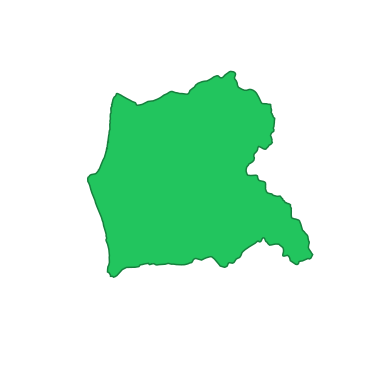 the district of Bengkulu Selatan, Bengkulu, Indonesia, rotated 53°
{"feature_id": "22746128B78254403614329", "entity_name": "Bengkulu Selatan", "entity_type": "district", "adm_level": 2, "iso_a3": "IDN", "parent_name": "Indonesia", "parent_adm1": "Bengkulu", "projection": "robinson", "projection_center": [103.039, -4.359], "detail": "fine", "context": "isolated", "style": "filled", "palette": "green", "viewbox_px": 384, "rotation_deg": 53, "n_neighbors": 0, "source": "geoboundaries", "source_scale": "gbopen_adm2", "svg_char_len": 6007}
<svg xmlns="http://www.w3.org/2000/svg" viewBox="0 0 384 384"><g transform="rotate(53 192 192)"><path d="M261.6,121.1L260.6,121.3L259.4,121.9L258.4,122.9L257.9,122.9L257.0,123.4L256.6,123.9L254.8,123.7L253.3,124.2L252.8,124.0L252.2,124.0L251.8,123.7L251.0,124.0L248.5,124.0L248.2,124.2L246.8,126.5L245.9,127.3L244.3,128.5L243.5,129.2L242.5,129.2L241.4,129.6L239.9,131.0L238.5,132.0L238.1,132.3L236.3,132.3L233.6,131.4L232.8,130.6L231.2,129.5L230.6,128.9L229.0,127.9L228.0,127.9L226.7,128.5L224.0,130.9L222.8,131.5L221.9,131.5L220.3,131.0L219.4,130.5L218.5,130.1L217.5,130.5L217.1,130.8L214.1,135.3L212.3,137.2L212.0,137.4L210.5,137.2L208.0,136.3L206.6,135.2L205.4,133.8L204.9,133.0L204.4,130.7L203.8,129.4L204.1,128.4L204.2,127.1L204.3,125.2L204.0,124.4L204.0,123.8L203.7,123.3L202.4,121.8L201.9,121.5L201.0,121.4L199.3,120.0L198.9,118.8L198.7,117.1L198.3,115.5L197.6,114.1L196.2,112.7L195.7,111.4L197.2,110.4L200.6,108.9L200.9,108.6L201.6,108.1L202.0,107.6L202.2,107.1L201.9,106.1L201.8,104.8L201.5,103.6L200.9,101.9L201.2,101.4L201.3,100.4L201.2,99.3L200.7,98.0L199.8,97.8L199.2,97.5L198.3,96.6L197.9,96.4L197.4,96.4L196.8,96.0L196.3,95.9L195.7,95.6L194.4,95.5L193.9,95.0L193.2,94.0L192.6,92.3L192.7,91.5L192.7,90.3L192.6,90.1L191.6,89.1L190.5,88.9L189.9,88.6L189.1,87.5L189.0,87.2L186.6,85.0L186.4,84.7L185.0,83.6L182.9,81.6L182.1,81.9L180.9,81.9L180.2,81.8L180.2,81.5L180.3,81.5L178.7,81.4L177.7,81.0L176.1,81.0L175.2,79.9L174.5,79.4L174.4,79.1L173.7,78.9L173.1,78.6L172.4,78.4L170.7,77.3L170.4,77.3L169.7,76.7L169.3,76.2L169.4,76.5L169.1,76.7L168.0,78.1L166.4,79.4L164.1,82.2L163.3,82.8L162.8,82.9L161.8,82.8L156.6,81.7L152.2,81.1L151.2,81.1L149.5,81.3L147.5,82.0L145.9,83.0L144.9,84.0L144.5,84.7L143.7,87.1L142.3,88.9L140.0,90.3L136.4,91.9L135.0,91.7L133.4,91.1L132.3,90.4L130.0,89.8L127.3,89.8L126.3,89.3L125.9,88.8L124.9,87.2L124.2,86.4L123.4,86.0L122.3,86.0L121.1,86.5L120.4,87.1L119.3,88.2L118.8,88.8L118.7,89.2L118.5,89.9L118.5,91.8L118.4,95.1L118.9,97.6L118.9,99.1L118.4,100.0L117.9,100.5L117.2,100.8L115.1,101.2L114.6,101.6L114.1,102.3L113.4,104.6L113.2,105.4L113.1,108.5L112.7,111.3L112.3,113.3L110.9,115.6L110.0,117.5L108.8,121.7L108.8,124.7L109.7,126.9L109.6,129.0L109.7,132.5L110.7,134.2L111.0,134.7L111.2,136.0L111.1,136.8L110.2,137.9L107.5,140.6L106.5,141.9L105.9,142.6L104.1,144.0L102.7,145.4L99.8,147.3L99.1,148.3L98.7,149.8L98.5,152.8L97.7,156.2L97.7,159.1L97.5,161.4L97.0,164.0L95.8,168.3L95.4,168.9L93.2,172.7L92.2,178.4L91.9,179.4L90.8,181.8L89.8,183.5L89.4,183.8L89.0,183.9L87.0,183.5L86.4,183.6L83.7,185.3L81.8,186.1L78.1,187.9L73.5,189.9L72.3,190.3L69.3,191.8L67.9,192.8L67.7,192.6L69.1,194.7L69.4,195.7L69.4,197.1L70.5,199.3L72.1,201.2L72.7,201.6L72.8,202.1L73.1,202.1L73.6,202.8L73.6,203.3L74.0,203.3L74.2,203.7L74.5,203.8L75.0,204.3L75.3,204.3L75.7,205.7L76.3,206.0L76.3,206.4L77.2,207.1L77.7,207.2L78.3,207.7L78.4,208.0L79.1,208.2L79.7,208.7L80.2,209.3L80.3,209.8L81.0,210.6L82.7,212.0L83.7,212.6L84.8,213.4L85.6,214.5L86.7,215.3L87.6,215.7L88.2,216.7L92.7,219.9L93.1,220.8L94.5,222.3L96.0,223.5L96.4,224.2L100.7,228.4L100.7,228.1L100.9,228.3L101.1,228.7L101.7,228.8L101.5,229.4L101.8,229.5L103.9,231.7L104.9,232.4L105.5,233.6L105.8,233.9L106.0,233.6L106.9,233.4L106.1,233.9L106.2,234.3L107.2,235.4L107.4,235.4L108.1,236.1L108.0,236.4L109.1,237.7L111.7,241.2L112.9,243.8L115.9,248.9L117.2,250.9L118.2,252.9L118.2,253.4L118.4,253.4L118.6,253.8L119.2,256.2L119.4,257.2L119.3,258.3L117.5,261.9L117.3,262.9L117.3,263.9L117.8,265.0L117.7,266.1L118.5,267.2L120.9,268.8L123.0,269.1L125.5,269.8L129.1,271.3L132.6,272.5L140.5,274.6L142.5,275.5L146.2,276.6L157.8,279.6L160.9,280.8L162.8,281.3L165.6,282.8L171.6,285.0L174.5,286.2L175.4,287.1L176.5,287.4L177.6,288.0L178.4,289.4L179.2,289.9L182.8,290.8L185.2,291.8L188.1,293.1L193.2,296.3L194.2,297.3L197.5,299.6L198.7,300.5L200.3,302.5L201.1,304.1L202.8,305.8L205.0,307.6L206.4,306.9L209.0,307.0L210.3,307.8L211.6,306.2L212.8,305.9L213.3,304.4L213.5,302.3L212.0,294.3L212.8,289.7L217.9,282.6L219.6,279.3L219.0,277.2L219.9,275.6L221.0,272.9L222.7,269.8L224.3,269.7L225.1,268.2L224.9,267.6L225.5,267.0L226.4,265.4L228.0,264.9L229.1,264.0L230.1,262.1L233.5,256.9L234.5,254.3L234.9,253.7L237.2,251.9L238.5,250.1L240.5,248.2L243.7,244.3L245.6,241.6L246.7,239.0L247.1,237.7L247.3,236.5L247.9,235.4L248.1,234.5L247.5,232.9L246.9,231.8L246.8,230.2L247.4,228.9L252.1,225.3L252.6,222.4L253.1,220.3L254.3,217.1L255.0,215.8L255.3,215.5L256.1,215.1L259.0,214.4L265.9,214.0L268.1,214.0L271.6,211.4L271.9,210.9L272.2,209.6L272.3,208.6L272.1,208.1L270.8,206.0L270.8,205.0L271.0,204.6L273.1,202.6L273.3,202.1L273.5,201.2L273.4,200.5L272.2,197.2L272.4,195.3L272.7,194.5L272.9,193.3L272.4,191.7L271.7,190.3L270.8,189.1L270.5,188.4L270.2,187.1L270.0,184.1L270.1,182.2L270.2,179.2L270.9,172.4L270.7,169.7L271.0,168.8L271.3,168.5L272.3,168.3L272.9,167.2L272.7,166.1L271.5,164.0L271.4,163.5L271.4,163.1L271.6,162.5L272.1,162.1L272.6,162.0L273.4,162.1L275.3,162.7L276.1,162.7L277.2,162.3L279.0,162.4L281.1,162.0L282.0,160.5L283.2,157.8L283.9,156.5L285.6,154.4L285.8,154.3L286.0,154.0L287.0,153.9L290.9,152.9L291.6,153.0L293.1,153.6L294.7,154.8L296.5,157.0L297.3,157.7L297.6,157.8L298.4,157.3L298.8,156.7L299.8,154.3L300.1,153.8L301.7,153.4L303.5,153.7L306.0,154.8L306.3,154.7L312.1,152.7L312.8,152.1L313.2,151.6L313.3,151.1L313.3,150.3L313.2,150.0L312.0,148.4L312.5,147.0L313.5,145.2L314.8,139.7L315.0,139.3L315.9,138.7L316.2,138.4L316.3,137.3L316.3,136.7L314.6,133.3L312.4,133.3L311.4,133.1L308.5,133.0L307.5,132.9L306.2,132.4L304.3,130.5L303.4,129.3L302.4,128.4L301.8,128.5L299.5,127.5L297.1,126.2L296.0,126.0L295.4,126.0L293.8,126.2L293.7,126.3L291.1,126.3L290.3,126.6L290.0,126.5L288.9,126.7L283.2,124.5L281.4,124.0L281.1,124.0L280.1,123.6L279.2,123.6L278.5,123.8L276.0,125.5L275.0,126.5L273.9,127.2L273.4,127.7L273.1,127.7L272.6,127.8L271.7,127.7L271.4,127.3L270.2,126.7L267.4,124.5L266.8,124.1L265.9,123.4L265.4,123.2L264.8,122.5L264.5,122.5L263.9,122.3L263.3,122.3L262.4,121.9L261.6,121.1Z" fill="#22c55e" stroke="#15803d" stroke-width="1.5"/></g></svg>